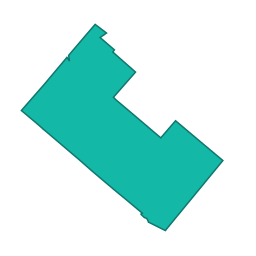 outline of Bennington, Vermont, United States of America, rotated 308°
{"feature_id": "52423323B50806890780295", "entity_name": "Bennington", "entity_type": "district", "adm_level": 2, "iso_a3": "USA", "parent_name": "United States of America", "parent_adm1": "Vermont", "projection": "natural_earth1", "projection_center": [-73.109, 43.027], "detail": "fine", "context": "isolated", "style": "filled", "palette": "teal", "viewbox_px": 256, "rotation_deg": 308, "n_neighbors": 0, "source": "geoboundaries", "source_scale": "gbopen_adm2", "svg_char_len": 704}
<svg xmlns="http://www.w3.org/2000/svg" viewBox="0 0 256 256"><g transform="rotate(308 128 128)"><path d="M136.5,222.2L160.8,222.8L161.1,213.4L161.8,192.9L163.0,161.0L140.4,159.9L141.7,129.3L142.8,100.8L143.2,98.3L143.3,97.6L176.7,99.5L177.7,82.1L178.5,69.3L181.2,69.2L182.1,50.3L189.6,52.6L189.4,38.3L176.9,37.7L148.7,36.5L144.7,40.7L146.1,36.4L110.4,35.1L76.1,33.2L75.5,51.4L75.0,60.9L74.9,61.1L74.8,65.4L73.1,105.1L73.0,108.1L72.0,125.0L71.9,126.7L70.8,155.4L70.8,155.8L70.8,156.5L70.7,158.4L70.4,170.7L69.7,190.4L69.6,191.8L68.2,191.2L67.9,191.5L67.5,196.1L68.3,198.2L67.6,200.1L66.4,202.1L70.2,220.6L73.2,220.6L105.2,221.4L136.5,222.2Z" fill="#14b8a6" stroke="#0f766e" stroke-width="1.5"/></g></svg>